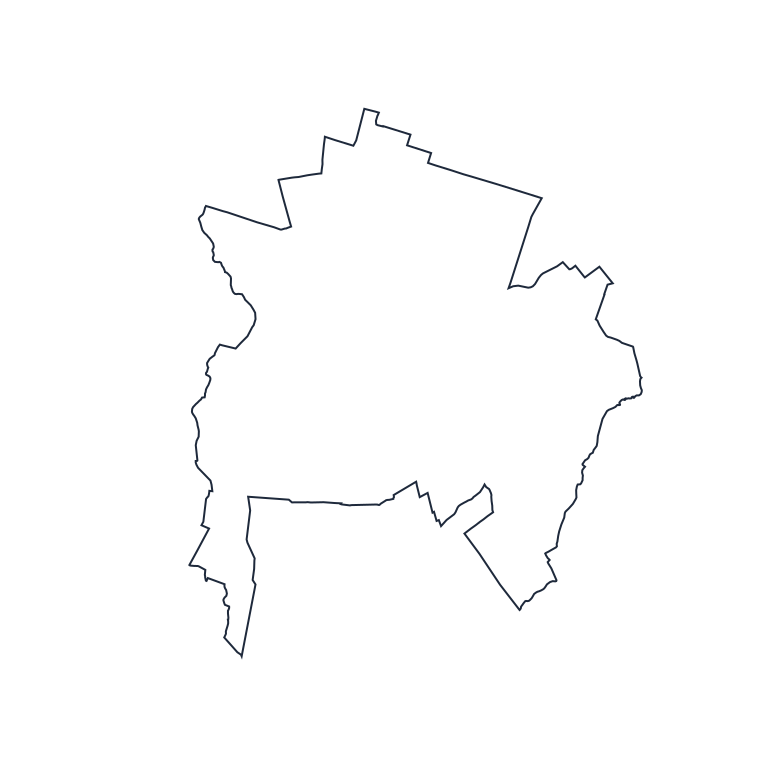 Fantana Mare, Suceava, Romania (Albers equal-area conic projection), rotated 67°
{"feature_id": "2599482B40231105369461", "entity_name": "Fantana Mare", "entity_type": "district", "adm_level": 2, "iso_a3": "ROU", "parent_name": "Romania", "parent_adm1": "Suceava", "projection": "albers", "projection_center": [26.306, 47.408], "detail": "fine", "context": "isolated", "style": "outline", "palette": "slate", "viewbox_px": 768, "rotation_deg": 67, "n_neighbors": 0, "source": "geoboundaries", "source_scale": "gbopen_adm2", "svg_char_len": 6153}
<svg xmlns="http://www.w3.org/2000/svg" viewBox="0 0 768 768"><g transform="rotate(67 384 384)"><path d="M579.0,621.4L518.3,580.6L513.1,581.5L503.5,575.8L495.9,572.3L494.0,571.2L476.7,571.7L473.4,571.2L448.1,556.6L434.7,553.1L453.3,516.8L457.0,515.0L457.4,514.1L457.9,512.7L462.4,502.1L462.9,500.5L464.5,497.6L465.5,495.1L469.2,485.8L474.3,475.9L477.1,470.1L477.6,470.8L478.3,470.0L482.5,462.7L482.6,461.7L491.8,438.5L492.6,436.9L493.0,436.6L493.5,435.6L493.3,434.7L492.9,433.8L492.0,428.2L491.8,427.5L492.0,426.3L492.7,424.3L493.4,420.3L492.8,420.0L492.0,419.0L490.0,418.5L486.5,392.6L487.7,392.8L490.2,393.4L502.1,395.3L501.3,386.4L521.4,389.6L521.2,387.9L530.6,389.1L530.7,386.7L537.1,387.0L533.6,379.5L531.3,370.3L530.1,368.4L526.4,364.4L525.5,362.8L525.0,360.7L524.5,356.2L524.4,354.4L524.1,352.0L524.3,349.1L523.9,347.3L523.0,345.7L522.5,343.4L521.0,337.9L517.8,333.1L515.8,330.7L518.8,330.2L521.8,328.3L522.9,328.2L526.4,328.2L528.2,328.5L529.7,329.3L533.8,330.7L538.3,331.9L542.4,333.5L544.7,333.7L546.1,340.3L547.5,345.4L548.4,349.6L549.8,354.8L551.1,360.7L553.1,368.4L577.6,362.5L614.1,355.6L645.0,347.5L644.7,346.7L643.9,345.7L642.5,344.8L641.1,342.4L640.5,341.5L639.1,338.9L639.2,338.0L640.0,336.6L640.2,335.2L639.9,334.2L638.9,331.8L637.6,330.0L635.9,327.8L635.3,325.2L635.2,323.9L635.4,322.2L635.4,320.1L635.1,317.4L634.6,316.1L633.5,314.3L632.1,312.3L631.2,308.6L631.4,305.7L632.6,303.5L632.7,302.5L632.4,302.1L631.9,301.9L619.1,302.0L613.4,302.9L611.9,302.9L611.2,301.4L610.7,300.3L609.5,300.7L608.3,301.3L605.0,301.8L603.0,301.8L602.8,301.2L602.6,298.1L602.0,293.2L601.6,289.5L601.0,288.3L598.6,287.5L596.7,285.9L591.9,283.0L588.2,280.4L582.6,275.6L577.4,270.3L573.5,268.0L572.4,266.8L570.8,262.6L568.2,257.0L564.9,252.5L563.7,251.2L560.4,250.0L556.8,248.6L553.7,246.5L552.2,245.0L553.0,242.5L552.5,241.4L550.2,238.8L547.9,237.8L546.0,236.7L543.0,236.3L540.8,235.1L539.5,233.0L538.7,231.3L536.1,232.7L535.3,232.6L532.8,228.7L532.5,226.2L531.8,224.5L530.0,222.8L529.2,221.7L528.9,219.6L528.9,218.7L526.5,216.6L525.9,215.4L524.1,212.4L520.9,210.3L515.5,207.5L501.5,196.5L496.1,189.4L495.6,187.2L495.7,182.6L495.5,179.9L494.5,177.5L494.7,176.8L495.2,176.1L495.5,175.1L495.0,174.7L493.6,174.8L493.0,174.5L492.3,173.2L491.6,171.5L491.6,170.0L492.6,169.0L492.8,168.3L492.6,167.8L491.7,167.9L491.6,167.2L492.5,165.9L492.7,164.5L493.1,164.0L493.8,162.1L493.7,161.6L492.9,161.0L492.8,160.2L493.1,159.5L494.1,159.6L494.4,159.4L494.3,159.0L493.4,157.4L493.2,155.9L494.1,153.8L493.7,151.7L492.3,150.2L491.1,149.4L490.3,149.1L488.0,149.1L485.3,148.7L481.5,147.3L479.6,146.1L478.8,144.5L478.1,144.9L476.7,145.1L464.1,142.8L460.6,142.3L453.6,141.5L447.3,140.2L446.8,140.3L439.1,148.9L436.3,150.5L434.3,152.3L429.8,157.2L428.2,159.4L426.3,160.6L421.9,161.5L414.5,162.7L409.0,162.8L407.2,163.8L387.7,146.0L387.4,146.2L379.9,139.4L380.7,134.1L360.2,139.9L364.4,157.5L363.6,157.8L349.9,161.6L351.0,165.6L351.1,167.5L350.8,168.6L341.7,171.8L343.3,178.7L344.3,194.4L345.0,196.8L346.7,200.0L351.0,205.9L352.2,208.8L352.3,211.2L351.7,213.6L345.9,222.0L344.5,226.9L344.5,231.9L340.1,227.9L295.9,189.9L287.8,183.1L285.8,180.7L274.6,166.2L262.4,180.5L243.6,202.7L227.2,222.5L222.0,228.9L213.8,238.3L202.9,251.2L197.7,257.1L189.8,250.4L173.3,269.5L164.8,262.2L154.5,274.3L146.3,284.0L146.6,284.3L143.2,288.8L142.0,289.7L138.6,288.6L134.4,285.1L134.1,284.6L132.2,282.7L130.0,285.4L123.0,294.6L148.9,314.4L152.7,319.1L140.5,333.6L133.3,341.8L135.2,342.8L139.9,345.6L153.6,353.1L157.6,354.7L162.1,357.4L165.7,359.4L164.9,361.8L163.0,368.8L161.9,373.1L160.1,381.7L158.8,385.6L158.0,388.4L154.9,401.1L154.9,401.4L172.0,404.0L197.7,407.4L202.8,408.0L202.7,409.6L202.6,411.7L202.6,413.5L202.2,414.4L202.0,416.1L201.9,417.3L201.7,418.4L201.2,419.2L196.8,423.9L185.6,437.6L164.7,461.2L161.9,464.8L154.7,473.3L150.6,478.3L151.0,478.6L151.2,479.2L151.8,479.9L153.5,481.1L155.6,482.9L156.8,484.1L157.3,485.0L158.0,487.6L158.4,488.4L158.7,489.0L159.4,489.8L160.0,490.1L163.8,490.1L167.8,490.7L170.7,491.0L171.2,491.1L174.6,490.4L177.8,488.9L180.0,488.3L181.9,487.5L187.9,486.4L190.9,487.0L191.4,487.2L192.1,487.8L192.6,488.3L193.0,488.8L193.2,489.3L194.0,489.7L195.1,490.0L196.0,489.7L198.8,490.3L199.3,490.6L200.0,491.5L200.6,492.0L201.0,492.3L203.2,492.8L205.5,491.9L207.1,489.0L207.3,487.8L208.7,486.7L211.3,486.9L212.7,486.8L214.1,486.3L215.5,486.4L216.0,486.3L217.4,486.4L218.5,486.4L218.9,486.6L220.0,485.3L221.7,484.5L225.2,483.3L227.1,483.6L233.1,486.4L234.5,486.5L235.8,486.8L237.7,486.8L239.0,487.0L240.5,486.9L241.8,486.5L242.9,485.9L243.7,484.5L243.9,483.5L244.3,482.5L245.9,479.6L249.3,479.0L252.2,478.9L259.5,475.9L264.7,475.1L268.1,474.8L274.1,476.9L279.0,481.0L280.2,483.1L286.7,491.0L290.4,500.1L293.4,506.7L285.1,517.9L283.6,519.7L285.2,522.4L289.6,527.6L291.1,528.6L291.5,529.6L291.7,530.8L292.7,534.6L294.5,537.2L295.6,538.7L297.3,539.3L299.3,539.5L300.2,539.3L301.2,540.3L303.6,542.2L304.1,543.3L305.2,544.0L306.2,543.9L307.7,542.5L309.1,541.6L310.8,541.5L312.4,542.3L314.8,544.5L316.4,546.1L317.9,548.2L319.5,550.0L321.9,551.5L322.8,552.5L324.5,553.2L326.2,554.3L325.4,556.8L326.7,558.5L327.2,560.3L328.4,563.2L328.9,564.8L330.7,568.8L332.0,570.3L334.4,571.6L335.4,571.8L337.3,571.6L339.4,571.1L342.1,570.7L346.7,571.1L349.2,571.8L353.6,572.5L355.2,572.9L360.1,575.2L363.1,578.7L366.8,581.2L381.4,585.6L381.7,585.9L381.6,586.6L381.3,587.4L382.7,588.0L385.0,588.2L388.5,587.9L405.1,581.5L409.3,582.1L415.6,583.9L414.1,586.5L415.6,587.3L417.6,588.6L418.8,589.6L419.3,591.0L420.3,592.7L440.2,604.1L442.7,607.2L448.7,601.5L464.4,621.0L474.6,633.9L474.9,633.8L475.6,633.0L477.2,630.0L478.8,626.5L479.5,625.7L485.3,621.1L489.7,623.5L491.2,623.8L492.2,624.2L495.4,624.8L495.9,624.3L493.8,622.0L506.0,609.0L507.3,609.7L508.7,610.1L510.2,610.1L511.9,609.8L515.5,610.5L517.4,611.9L518.3,614.2L519.4,615.7L520.0,616.2L520.6,616.4L523.7,616.7L525.1,616.7L528.3,613.5L529.6,614.0L531.0,615.2L531.7,616.2L534.3,617.3L538.2,618.5L539.8,619.3L540.1,619.5L540.0,619.8L541.6,620.2L543.5,621.0L545.5,622.5L549.5,625.9L550.3,626.4L551.8,626.9L552.5,627.4L553.3,628.3L554.9,630.1L573.6,623.8L577.3,621.4L579.0,621.4Z" fill="none" stroke="#1e293b" stroke-width="2"/></g></svg>